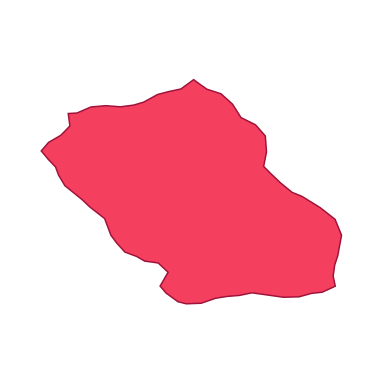 Agios Symeon, Cyprus (Natural Earth projection), rotated 8°
{"feature_id": "46923920B72100366560122", "entity_name": "Agios Symeon", "entity_type": "district", "adm_level": 2, "iso_a3": "CYP", "parent_name": "Cyprus", "parent_adm1": "", "projection": "natural_earth1", "projection_center": [34.234, 35.488], "detail": "fine", "context": "isolated", "style": "filled", "palette": "rose", "viewbox_px": 384, "rotation_deg": 8, "n_neighbors": 0, "source": "geoboundaries", "source_scale": "gbopen_adm2", "svg_char_len": 927}
<svg xmlns="http://www.w3.org/2000/svg" viewBox="0 0 384 384"><g transform="rotate(8 192 192)"><path d="M321.2,189.7L301.4,181.0L291.1,178.4L278.3,170.6L266.2,161.9L259.4,156.7L260.2,141.9L256.8,126.3L245.6,116.7L230.2,111.5L219.9,99.4L207.0,90.7L192.4,88.1L183.8,83.7L178.0,80.5L166.7,91.5L154.7,95.9L144.4,100.2L131.5,109.8L122.0,114.1L109.2,117.6L94.6,118.5L80.0,121.9L67.1,129.8L58.5,131.5L61.9,143.6L54.2,154.1L43.1,162.8L37.0,172.3L45.6,180.1L53.4,186.2L57.6,194.0L65.4,203.6L71.7,207.3L84.3,214.9L92.8,221.0L109.2,230.5L117.7,246.1L124.6,253.1L134.0,260.9L146.1,263.5L154.7,267.0L168.4,267.0L179.5,274.8L173.5,289.6L180.4,295.7L193.3,302.6L201.9,303.5L216.5,300.9L230.2,293.9L241.4,290.5L253.4,287.8L265.4,283.5L283.4,283.5L297.2,283.5L312.6,280.9L324.6,275.7L334.9,273.1L347.0,265.3L343.5,255.7L343.5,244.4L345.2,234.9L346.1,214.0L337.5,199.2L321.2,189.7Z" fill="#f43f5e" stroke="#9f1239" stroke-width="1.5"/></g></svg>